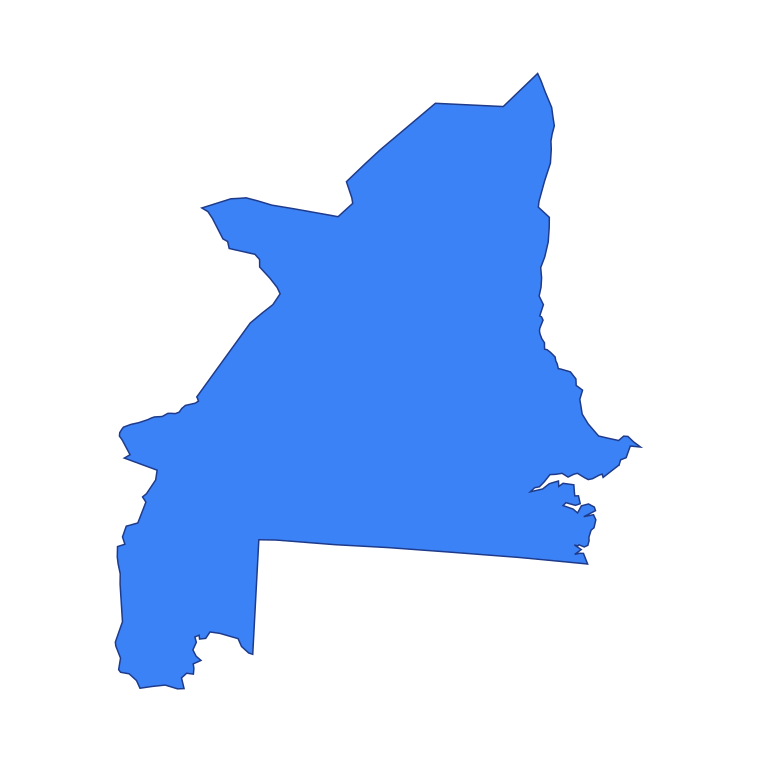 the district of Kiffa, Assaba, Mauritania, rotated 4°
{"feature_id": "47542326B84598403271907", "entity_name": "Kiffa", "entity_type": "district", "adm_level": 2, "iso_a3": "MRT", "parent_name": "Mauritania", "parent_adm1": "Assaba", "projection": "albers", "projection_center": [-11.344, 16.693], "detail": "fine", "context": "isolated", "style": "filled", "palette": "blue", "viewbox_px": 768, "rotation_deg": 4, "n_neighbors": 0, "source": "geoboundaries", "source_scale": "gbopen_adm2", "svg_char_len": 2936}
<svg xmlns="http://www.w3.org/2000/svg" viewBox="0 0 768 768"><g transform="rotate(4 384 384)"><path d="M138.4,644.1L134.0,660.2L134.7,664.0L140.3,675.8L139.2,687.5L141.3,689.9L141.8,690.0L150.0,690.9L157.8,697.1L161.8,704.5L173.8,701.9L186.7,699.6L199.3,702.5L205.8,701.8L202.5,691.3L207.3,686.3L214.1,686.7L214.2,680.9L213.2,676.5L220.7,672.5L215.6,668.7L211.9,662.6L214.8,654.8L213.0,649.5L217.1,647.5L217.8,651.3L223.9,650.2L227.7,643.5L237.6,644.2L256.2,648.2L260.2,655.8L267.8,661.8L271.9,662.8L270.0,548.1L286.9,547.2L346.3,547.7L399.3,546.9L458.8,547.1L530.6,547.6L597.2,549.3L599.7,549.4L594.8,539.1L590.9,539.2L586.1,540.7L592.3,535.4L585.1,531.2L588.6,532.0L589.7,530.8L595.1,532.6L598.6,530.7L599.5,526.1L599.1,522.5L600.8,515.3L603.5,512.8L604.8,504.7L602.1,499.8L592.5,502.4L595.0,501.0L603.8,495.6L602.4,492.1L596.4,489.4L593.7,490.3L589.4,491.8L586.1,499.1L581.2,495.5L571.1,492.8L573.8,489.7L583.4,491.7L588.1,489.7L585.8,482.0L582.1,482.3L581.4,478.2L580.4,471.3L569.5,470.6L565.5,474.0L564.8,468.6L558.2,471.0L555.8,472.0L549.5,477.7L537.5,481.3L541.6,476.9L546.2,475.7L550.7,470.4L555.9,462.8L561.1,462.2L567.9,460.7L574.1,464.0L579.8,460.7L583.2,459.6L590.7,463.5L594.4,465.1L598.7,463.9L605.2,459.8L607.9,458.7L608.6,460.6L609.1,461.9L623.8,448.7L624.1,448.7L624.8,445.5L625.4,443.1L630.7,440.6L634.0,428.7L644.3,429.0L637.0,424.3L631.0,419.3L626.7,419.3L622.0,424.0L610.4,422.3L601.7,420.9L590.5,409.6L583.8,400.2L581.6,390.7L580.4,385.7L582.5,376.3L575.8,372.0L575.1,365.6L569.1,358.9L559.5,356.8L556.8,356.5L556.1,354.1L555.3,351.6L553.8,349.1L552.8,345.1L548.0,340.9L544.3,338.4L541.8,338.1L541.4,334.3L541.2,331.7L537.9,327.3L537.7,326.5L536.2,323.4L535.4,320.4L535.5,317.6L538.2,309.2L536.5,306.1L534.6,305.2L537.5,293.8L532.6,285.4L533.9,276.6L533.9,276.2L533.8,267.1L532.2,256.9L535.5,246.0L537.9,230.9L537.9,216.8L537.3,206.2L525.6,196.8L525.9,190.9L530.0,170.5L534.6,152.1L534.5,138.4L533.6,130.0L534.3,122.9L535.9,114.6L533.8,105.3L532.0,96.5L524.2,80.9L519.4,70.4L515.6,63.5L483.6,98.9L415.7,100.4L363.9,150.6L350.2,165.2L332.4,184.8L338.9,200.5L340.2,206.0L326.5,220.3L281.9,215.5L259.7,213.4L245.1,210.1L233.5,207.9L225.8,209.0L218.4,209.9L190.0,221.1L196.3,224.3L201.3,230.8L213.2,250.5L218.1,252.8L220.1,259.6L227.7,260.8L244.0,263.3L246.2,263.6L251.2,268.5L251.8,276.0L262.8,286.4L270.7,295.2L274.1,301.3L267.6,312.6L257.6,321.6L246.3,332.5L198.1,410.0L198.8,411.0L200.1,414.0L197.1,416.3L187.4,419.2L184.0,422.5L181.6,426.4L177.8,428.1L173.6,428.1L170.4,428.4L165.0,431.9L157.2,432.9L154.2,434.2L153.1,434.8L151.0,436.0L142.0,439.7L134.5,441.9L127.1,445.2L125.6,447.5L123.8,450.9L123.7,454.4L126.8,458.2L135.6,472.3L130.1,476.0L163.7,485.8L162.9,495.7L154.7,510.0L151.0,513.5L154.7,518.4L152.7,525.0L148.1,539.8L136.8,543.8L133.8,554.8L136.7,561.9L129.5,564.8L130.0,575.2L131.3,581.9L134.1,591.7L134.7,602.1L139.7,639.4L138.4,644.1Z" fill="#3b82f6" stroke="#1e3a8a" stroke-width="1.5"/></g></svg>